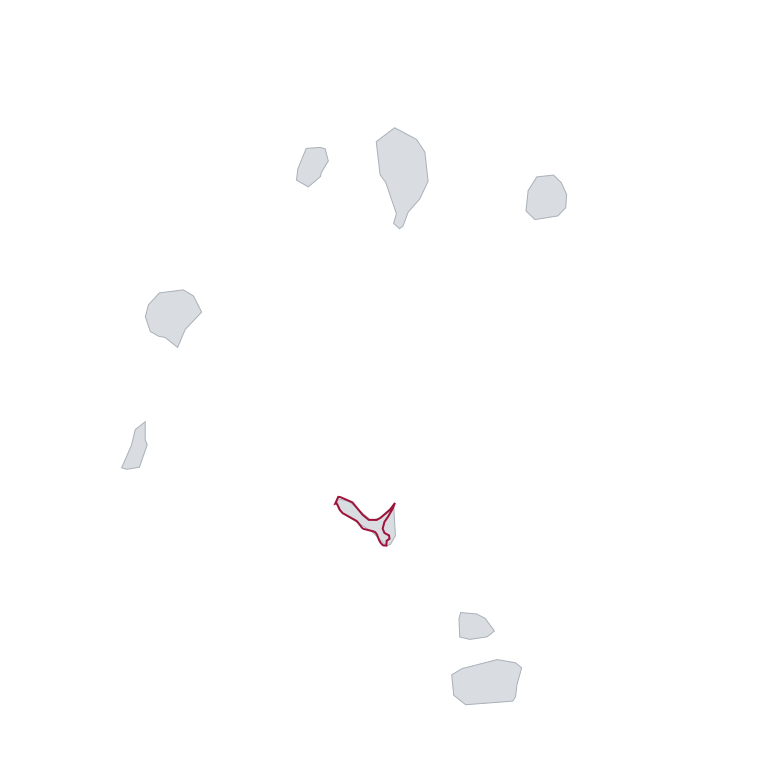 Cabo Verde, with Ribeira Brava highlighted, rotated 204°
{"feature_id": "CPV-5057", "entity_name": "Ribeira Brava", "entity_type": "state/province", "adm_level": 1, "iso_a3": "CPV", "parent_name": "Cabo Verde", "parent_adm1": "", "projection": "natural_earth1", "projection_center": [-24.247, 16.582], "detail": "fine", "context": "in_parent", "style": "outline", "palette": "rose", "viewbox_px": 768, "rotation_deg": 204, "n_neighbors": 0, "source": "natural_earth", "source_scale": "10m", "svg_char_len": 1699}
<svg xmlns="http://www.w3.org/2000/svg" viewBox="0 0 768 768"><g transform="rotate(204 384 384)"><path d="M489.7,602.3L478.5,622.4L453.8,620.7L441.0,612.5L426.2,587.2L426.6,567.7L431.8,550.8L430.9,536.1L433.0,532.2L440.6,534.7L441.9,544.6L464.4,568.8L472.7,573.6L489.7,602.3ZM168.5,178.3L150.4,182.8L142.8,180.7L140.2,163.2L136.6,151.8L137.4,146.7L179.0,124.2L193.7,128.0L203.9,145.9L196.9,155.8L168.5,178.3ZM587.4,333.5L603.0,337.5L608.9,336.0L618.8,336.9L629.4,348.4L631.4,360.6L626.2,375.9L605.6,388.4L593.8,386.9L579.8,375.5L587.8,352.9L587.4,333.5ZM328.6,635.4L314.1,643.8L304.0,640.1L294.3,631.5L289.7,619.0L293.5,608.3L313.0,595.6L324.7,599.8L331.0,619.4L328.6,635.4ZM369.7,249.2L377.4,255.6L379.9,260.2L368.5,262.6L340.8,254.2L333.4,259.4L326.0,277.5L311.9,250.1L312.9,240.0L315.9,237.1L335.6,244.3L369.7,249.2ZM538.6,574.1L533.4,574.9L525.6,565.1L527.3,551.4L526.4,547.8L533.3,533.3L546.8,534.6L550.2,545.3L550.9,567.6L538.6,574.1ZM221.0,206.4L205.8,211.6L196.3,211.0L182.7,203.3L187.0,194.9L201.7,185.6L211.9,183.7L220.1,200.2L221.0,206.4ZM592.7,241.2L586.8,252.4L579.5,236.0L575.6,232.1L573.6,208.4L584.4,201.4L589.6,200.8L589.8,225.2L592.7,241.2Z" fill="#d9dde1" stroke="#a8b0b8" stroke-width="1"/><path d="M316.1,237.3L318.8,236.3L320.1,236.5L322.6,237.6L324.9,239.3L329.2,243.6L331.5,245.0L333.5,245.1L343.8,243.3L345.6,243.7L352.4,247.4L353.9,247.8L369.3,249.2L373.4,251.1L377.1,254.4L379.0,255.7L379.9,254.8L379.9,262.3L377.8,262.9L364.7,263.0L350.3,255.8L342.6,253.7L335.3,256.9L332.7,260.5L327.3,271.5L325.6,279.8L325.4,273.2L326.4,264.0L327.5,258.2L326.4,251.3L323.0,248.1L317.8,247.7L316.0,244.8L317.8,241.9L316.1,237.3Z" fill="none" stroke="#9f1239" stroke-width="2"/></g></svg>